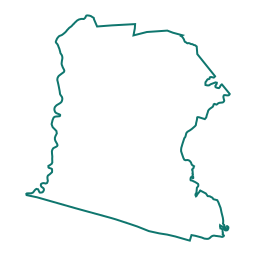 outline of Florencio Villarreal, Guerrero, Mexico
{"feature_id": "50627088B89189510958197", "entity_name": "Florencio Villarreal", "entity_type": "district", "adm_level": 2, "iso_a3": "MEX", "parent_name": "Mexico", "parent_adm1": "Guerrero", "projection": "albers", "projection_center": [-99.124, 16.694], "detail": "fine", "context": "isolated", "style": "outline", "palette": "teal", "viewbox_px": 256, "rotation_deg": 0, "n_neighbors": 0, "source": "geoboundaries", "source_scale": "gbopen_adm2", "svg_char_len": 5713}
<svg xmlns="http://www.w3.org/2000/svg" viewBox="0 0 256 256"><path d="M26.6,195.1L37.1,197.3L75.4,208.2L82.3,210.1L110.8,217.9L115.9,219.4L129.6,223.9L137.3,226.5L148.9,231.1L159.4,233.4L167.2,234.6L175.4,236.5L187.2,239.9L189.8,240.6L191.5,235.1L195.3,235.8L201.7,237.5L204.4,238.6L207.1,238.9L208.6,238.7L209.9,237.9L210.6,237.2L211.4,236.5L212.5,235.9L214.0,235.6L215.7,235.9L217.4,236.1L218.7,236.3L219.7,236.4L221.2,236.7L221.8,236.9L222.4,236.9L223.0,236.6L223.6,236.3L223.9,235.5L223.4,235.0L222.8,234.6L222.6,234.1L223.0,233.1L222.6,232.0L222.6,230.5L222.5,229.6L221.9,229.0L221.0,228.5L220.4,228.4L220.0,226.2L220.1,225.3L220.9,225.9L221.5,226.1L222.3,226.6L223.1,227.2L223.7,227.9L224.2,228.9L224.6,229.6L225.0,230.2L225.3,230.4L226.5,230.4L227.3,230.2L227.7,229.8L228.2,228.8L228.3,228.4L228.4,227.8L228.3,227.1L227.9,226.7L227.4,226.2L227.1,226.2L227.1,226.5L227.4,226.9L227.6,227.6L227.7,228.8L227.6,229.3L227.3,229.6L227.0,229.8L226.2,229.8L225.8,229.2L225.6,228.3L225.2,227.2L224.8,226.9L224.5,226.2L224.2,225.0L223.7,224.7L223.0,223.5L223.2,222.2L223.2,220.3L222.8,217.6L221.5,212.4L220.6,208.0L219.3,204.7L218.4,202.3L217.6,200.9L217.3,200.2L213.4,199.2L212.4,197.7L211.2,197.1L209.8,196.3L207.7,196.1L205.9,193.5L200.2,190.5L199.9,190.8L199.7,191.5L198.3,193.1L197.8,193.7L197.4,194.4L197.0,194.9L196.7,195.7L196.0,196.3L195.5,195.3L195.5,194.2L196.0,193.4L196.4,192.6L196.6,191.1L196.9,187.8L197.5,187.0L198.1,186.4L198.3,185.6L198.3,184.7L198.1,184.0L197.6,183.6L196.4,182.8L194.5,181.7L193.4,181.3L192.7,180.8L192.0,180.6L190.7,180.3L190.5,179.8L190.6,178.3L190.8,177.6L191.2,177.1L191.6,177.1L192.0,177.3L192.4,177.6L192.6,178.0L192.9,178.2L193.2,178.1L193.3,177.9L193.0,177.3L193.1,177.0L193.1,176.8L193.1,176.7L192.7,176.7L192.4,176.7L192.3,176.4L192.4,175.8L192.6,175.3L192.6,174.8L192.9,174.5L192.9,174.1L192.7,173.7L192.5,173.3L192.7,173.1L192.7,172.8L192.7,172.1L192.6,171.7L192.6,171.3L192.6,170.9L192.5,170.5L192.2,170.2L192.1,169.8L192.3,169.2L192.5,169.1L192.8,168.8L193.2,168.5L193.4,168.2L193.6,167.7L193.7,167.4L193.6,167.2L193.8,166.5L194.0,166.2L193.4,165.8L192.4,165.2L191.7,164.5L191.4,163.7L191.0,162.5L189.9,161.1L188.9,160.4L187.6,160.0L186.5,160.1L185.4,160.2L184.3,159.7L183.4,158.0L181.9,153.7L181.1,151.2L181.1,149.6L181.3,147.8L181.8,146.2L182.1,145.1L182.7,143.1L183.2,141.6L184.3,138.2L185.2,137.1L185.6,136.0L186.3,133.2L187.4,131.8L190.1,130.2L191.9,128.9L195.0,126.2L195.8,125.2L196.2,122.8L196.7,120.8L197.0,119.2L197.2,117.4L197.8,117.1L199.1,117.3L204.8,119.1L206.2,117.5L206.8,115.2L207.7,112.5L208.2,110.7L209.0,109.6L210.0,108.7L211.0,108.0L212.0,107.3L212.7,106.8L213.4,105.5L213.7,104.3L214.6,103.9L216.3,104.6L217.1,104.3L218.2,103.3L219.4,102.8L222.4,102.5L223.0,102.3L223.7,101.7L224.0,101.2L224.2,100.8L224.2,100.5L224.1,100.1L223.7,98.6L223.4,97.2L223.4,96.7L223.5,96.1L223.9,95.3L224.4,95.1L225.1,95.1L227.2,95.4L228.7,95.3L229.6,94.4L229.7,93.9L221.9,84.4L221.7,84.4L220.8,85.3L220.3,86.1L219.8,87.2L218.9,88.1L217.4,87.9L216.0,87.4L215.4,86.8L215.4,85.8L216.7,83.8L216.8,82.7L215.5,82.4L212.9,83.4L210.8,84.2L208.9,85.4L207.2,85.4L205.5,85.0L205.4,83.6L205.5,82.2L206.0,81.6L206.8,80.4L207.3,79.6L207.8,79.2L208.7,79.2L209.5,78.8L209.8,77.4L210.9,77.0L212.5,77.3L213.8,77.6L214.9,76.6L215.1,76.3L197.3,54.1L196.7,46.5L196.5,46.4L195.9,45.9L195.4,45.4L194.8,45.2L193.8,45.0L193.0,44.5L192.1,44.1L191.5,44.1L190.6,43.9L189.6,43.3L188.3,43.1L187.4,43.3L186.8,43.0L185.8,42.2L184.9,41.8L184.4,40.9L184.0,39.6L183.4,38.5L182.2,36.8L181.1,36.1L182.5,35.3L172.9,32.7L167.3,30.6L146.9,32.0L133.5,35.4L134.8,28.5L135.1,24.1L111.5,25.4L97.1,26.5L94.0,19.3L93.8,18.0L93.5,17.7L92.7,17.3L91.8,16.7L90.9,16.1L89.2,15.6L87.2,15.4L86.4,15.6L85.8,16.4L85.3,17.7L83.8,19.0L81.3,18.9L78.9,19.5L77.0,20.6L76.0,21.6L75.1,22.4L74.8,22.7L74.4,23.1L74.1,23.6L73.3,24.2L71.9,25.8L71.0,26.6L70.0,27.3L69.2,27.9L68.6,28.5L68.2,29.0L67.1,30.1L66.7,30.7L65.4,32.2L63.4,33.9L61.9,35.0L60.7,35.5L59.6,35.9L59.2,36.1L58.4,36.9L57.4,38.1L56.7,39.3L56.6,39.7L56.1,40.9L55.9,41.3L55.8,42.0L55.9,42.3L56.3,43.0L56.9,43.6L57.3,44.1L57.6,44.5L57.8,45.0L58.1,45.5L58.3,46.2L58.6,47.0L59.4,48.9L59.7,50.1L60.2,51.9L60.3,52.6L60.4,53.0L60.6,53.4L61.3,54.4L61.8,55.2L62.2,56.3L62.4,57.8L62.3,58.8L61.9,60.9L61.7,62.7L61.6,63.8L61.8,64.8L62.4,66.3L62.6,67.0L63.0,67.8L63.6,68.9L64.2,70.2L64.3,70.8L64.1,71.6L63.7,72.2L62.7,72.9L59.5,75.3L58.8,75.9L58.3,76.5L57.5,78.1L57.3,80.0L57.8,82.0L58.3,84.2L58.8,86.6L59.7,91.3L59.8,92.2L60.0,93.7L60.1,94.2L60.5,94.9L61.4,96.2L62.0,97.1L62.3,98.3L62.3,99.2L62.1,100.3L61.8,101.2L61.3,102.1L60.0,103.2L56.8,105.1L56.1,105.7L54.9,107.1L54.6,107.9L54.4,108.9L54.4,109.9L55.0,111.8L56.0,112.9L57.2,113.5L58.5,114.0L59.5,114.4L60.1,114.8L60.1,115.7L59.6,116.2L57.9,116.4L56.0,116.5L54.7,116.8L53.7,117.5L53.1,118.8L52.6,120.0L51.6,124.1L52.0,125.4L52.7,127.2L54.9,129.4L56.4,131.0L56.8,133.4L55.5,136.0L54.9,137.7L54.9,139.4L55.5,141.1L56.6,143.0L57.2,144.1L57.5,145.2L57.2,146.0L56.7,146.4L55.7,147.0L54.2,147.7L53.2,148.3L52.4,149.6L51.9,151.2L52.0,153.5L52.3,156.5L52.2,158.8L52.3,162.5L52.0,163.0L51.8,163.7L50.7,164.5L49.7,165.2L48.4,165.9L48.4,166.8L48.4,167.2L48.6,167.6L49.0,167.9L51.3,168.6L51.9,169.0L52.1,170.1L52.1,171.2L52.0,172.2L51.5,172.7L49.7,174.3L47.9,175.6L47.6,176.4L47.4,177.1L47.5,178.9L47.6,179.6L47.8,180.3L47.8,181.0L47.2,182.7L47.0,183.0L46.4,183.3L45.5,183.5L44.4,183.2L43.2,183.1L42.4,183.3L41.7,183.6L41.0,184.1L40.8,185.2L41.2,186.4L41.4,186.7L42.3,187.4L43.3,188.1L43.9,189.1L43.9,190.1L43.1,191.7L42.1,192.4L40.6,192.6L39.7,192.5L39.1,191.5L38.1,189.3L36.4,188.9L35.3,189.7L34.4,190.7L33.8,191.6L32.9,192.6L31.3,193.3L28.8,193.3L26.9,193.4L26.3,193.9L26.6,195.1Z" fill="none" stroke="#0f766e" stroke-width="2"/></svg>